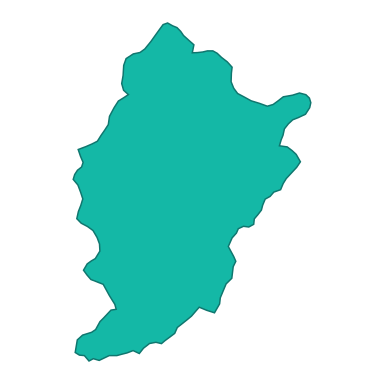 Piranguçu, Minas Gerais, Brazil (Robinson projection)
{"feature_id": "56859067B35969927877310", "entity_name": "Piranguçu", "entity_type": "district", "adm_level": 2, "iso_a3": "BRA", "parent_name": "Brazil", "parent_adm1": "Minas Gerais", "projection": "robinson", "projection_center": [-45.515, -22.558], "detail": "fine", "context": "isolated", "style": "filled", "palette": "teal", "viewbox_px": 384, "rotation_deg": 0, "n_neighbors": 0, "source": "geoboundaries", "source_scale": "gbopen_adm2", "svg_char_len": 1947}
<svg xmlns="http://www.w3.org/2000/svg" viewBox="0 0 384 384"><path d="M83.5,270.2L87.0,275.0L90.9,279.5L103.2,284.3L109.4,295.6L114.8,304.3L116.2,309.3L111.0,310.1L103.5,318.1L100.0,321.6L95.6,329.6L91.6,332.3L82.6,335.1L77.3,339.9L75.2,352.5L79.4,355.1L84.4,355.6L89.0,361.0L93.3,358.7L99.2,360.4L109.2,355.6L116.8,355.6L121.5,354.3L127.1,352.9L133.1,350.6L139.3,353.5L143.5,348.2L149.5,343.5L155.9,342.3L161.5,343.6L164.9,340.7L174.7,333.4L177.3,327.5L186.8,320.0L191.5,316.1L199.2,307.2L206.7,310.3L214.5,312.8L219.6,303.9L220.3,297.8L223.0,291.3L226.1,283.9L231.8,278.3L233.2,266.7L235.8,261.3L233.7,256.5L228.3,246.5L232.1,237.9L236.4,233.1L238.3,228.7L243.5,226.3L248.8,227.0L253.7,224.3L254.3,218.9L258.0,214.5L261.4,210.1L262.7,205.1L265.2,199.1L270.1,196.4L273.8,192.1L280.6,189.7L283.2,183.5L286.3,178.5L291.5,172.9L296.7,167.3L300.4,161.8L296.2,154.4L292.1,150.6L287.2,146.9L279.4,145.8L281.2,139.7L283.0,135.3L284.4,128.9L288.4,123.8L292.7,119.8L298.3,117.6L305.5,114.2L309.7,107.7L310.8,102.7L309.4,98.1L305.9,94.7L299.5,93.0L292.5,95.2L283.3,96.8L277.5,101.3L273.1,104.5L267.3,106.2L259.6,103.4L251.1,100.8L244.4,97.1L237.6,93.5L233.7,88.2L231.1,81.7L231.4,73.2L232.1,67.2L227.3,61.9L221.5,57.4L217.2,53.3L212.9,50.9L207.3,50.9L202.7,52.0L197.4,52.6L192.3,52.8L193.9,44.8L188.8,40.3L183.5,35.5L180.7,31.4L177.0,27.6L172.6,25.8L167.6,23.0L163.1,24.6L160.3,28.4L157.4,32.4L154.1,37.0L150.9,41.5L147.8,45.3L144.8,49.0L140.0,52.5L133.3,53.9L126.1,58.6L123.7,65.4L123.1,75.4L121.7,83.6L123.6,90.3L128.4,94.6L123.6,97.8L118.4,101.0L114.1,107.7L109.5,116.3L108.3,124.6L104.8,130.0L101.1,135.3L97.4,141.2L91.9,144.0L85.9,146.6L78.2,149.5L80.5,156.3L83.1,162.4L81.6,167.0L77.5,170.2L74.7,174.5L73.2,179.4L77.9,185.0L80.5,191.9L82.8,198.9L80.8,205.4L78.4,211.5L76.8,218.7L81.2,223.2L87.5,226.5L93.0,230.5L97.1,237.5L99.5,243.9L99.9,251.1L95.3,258.6L91.2,261.0L87.2,263.9L83.5,270.2Z" fill="#14b8a6" stroke="#0f766e" stroke-width="1.5"/></svg>